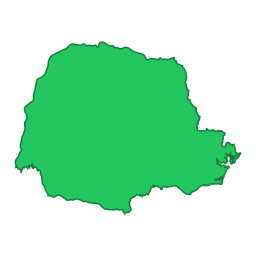 SVG path tracing the border of Paraná
{"feature_id": "BRA-613", "entity_name": "Paraná", "entity_type": "State", "adm_level": 1, "iso_a3": "BRA", "parent_name": "Brazil", "parent_adm1": "", "projection": "natural_earth1", "projection_center": [-50.532, -24.613], "detail": "fine", "context": "isolated", "style": "filled", "palette": "green", "viewbox_px": 256, "rotation_deg": 0, "n_neighbors": 0, "source": "natural_earth", "source_scale": "10m", "svg_char_len": 5883}
<svg xmlns="http://www.w3.org/2000/svg" viewBox="0 0 256 256"><path d="M23.4,134.3L25.1,128.6L24.6,123.2L24.9,121.9L26.7,118.8L27.0,117.5L27.0,116.3L26.3,114.1L25.2,112.4L24.4,108.9L24.8,107.6L25.6,106.5L27.5,104.8L28.9,104.0L29.8,103.0L32.5,101.4L33.2,100.7L33.5,98.9L33.5,95.2L33.8,93.5L34.9,90.3L35.2,87.8L36.7,81.7L36.8,79.9L37.5,79.1L40.5,77.8L44.2,75.1L45.2,73.8L48.0,66.0L48.3,62.4L48.6,60.9L49.9,57.7L51.0,56.4L53.5,54.7L64.2,49.4L66.0,48.8L69.7,45.3L71.8,44.0L73.7,44.0L75.6,44.8L77.1,44.8L80.5,45.4L81.3,45.2L83.3,44.0L84.5,44.2L86.5,45.8L89.1,45.3L93.6,46.0L94.9,45.1L96.1,45.7L97.0,47.0L97.9,46.8L98.4,46.2L99.6,42.8L100.4,42.3L102.1,42.0L105.0,43.1L108.8,45.6L110.3,46.0L112.5,45.7L113.2,46.0L114.9,47.8L116.8,47.4L119.4,48.6L121.4,48.8L122.6,48.4L124.1,47.5L127.0,47.4L129.8,48.9L132.7,51.0L135.1,52.1L143.0,54.3L143.8,54.9L145.2,57.0L146.3,59.3L147.0,59.8L148.4,59.7L150.1,58.6L150.8,58.4L154.6,58.9L155.9,59.5L158.2,59.3L158.6,59.5L159.6,58.2L160.1,58.0L160.7,58.2L162.8,59.7L163.3,59.7L163.8,59.1L164.3,59.0L166.2,59.6L169.1,59.3L172.4,58.0L173.4,58.4L173.5,57.7L174.1,57.7L174.5,58.7L174.4,59.7L174.7,60.2L176.3,61.1L176.5,61.6L176.4,62.7L177.0,63.7L177.4,64.0L179.2,64.4L181.3,65.6L182.5,65.7L182.8,67.2L184.7,69.7L185.8,72.3L186.6,77.8L185.2,82.7L186.1,83.9L186.2,86.1L186.9,88.0L187.5,89.2L188.6,90.3L188.7,90.9L188.2,95.5L187.8,96.4L187.1,96.7L187.2,97.9L188.2,98.7L188.8,99.8L189.4,100.2L190.0,100.1L190.0,100.9L190.7,102.4L192.2,104.9L192.8,105.2L193.7,106.5L195.5,107.4L196.3,108.9L196.1,112.0L197.1,112.8L198.0,115.4L199.7,116.5L200.0,117.2L199.6,118.1L199.1,118.7L199.5,119.5L199.4,120.0L197.5,121.2L197.6,121.6L198.3,122.2L198.0,123.2L198.0,124.3L197.8,124.6L196.9,124.6L196.7,125.1L196.7,126.0L197.3,127.3L197.1,129.1L197.4,130.1L200.7,131.2L202.6,130.6L204.5,131.1L205.8,130.9L206.7,130.2L206.6,128.8L207.3,129.1L208.3,130.3L209.2,130.5L212.8,130.3L212.6,130.0L213.4,130.0L215.1,131.4L215.7,131.1L217.7,131.1L218.1,130.9L218.3,130.5L218.7,130.5L219.0,131.6L219.4,131.7L220.8,130.7L221.9,130.8L222.9,132.2L224.9,133.1L225.1,133.4L224.4,135.2L223.2,136.1L223.1,136.4L223.3,138.9L222.7,139.7L222.6,140.3L222.7,141.6L222.6,142.6L221.5,144.0L222.3,146.1L224.3,147.3L224.7,147.3L225.3,146.0L226.0,145.3L226.0,143.5L227.4,142.2L228.4,142.8L229.4,142.9L230.0,143.6L230.3,144.4L232.1,144.6L232.3,145.2L232.7,145.3L233.9,144.4L235.4,150.0L235.4,151.7L235.6,152.3L236.6,153.0L238.6,153.6L239.2,153.6L240.1,152.8L240.6,153.3L239.2,155.6L238.6,157.3L236.0,159.1L235.0,161.0L234.5,162.7L234.0,162.8L233.4,162.3L233.1,161.5L234.1,157.8L234.8,157.0L237.4,155.4L236.9,155.0L235.8,155.8L233.9,156.2L233.2,157.0L232.0,155.8L232.0,156.9L231.5,157.9L230.8,158.6L230.3,158.6L230.8,157.2L230.3,157.4L230.2,157.0L230.6,153.3L229.3,155.0L229.0,155.0L229.7,155.9L229.2,156.4L227.8,155.5L226.9,153.8L226.9,154.7L226.1,154.1L227.1,157.2L224.7,157.5L224.7,157.8L226.5,158.2L226.8,158.6L226.2,159.0L226.1,159.5L226.3,159.7L226.8,159.5L227.5,160.7L227.4,161.5L226.4,161.7L225.9,163.2L225.5,163.4L224.7,163.2L224.0,162.3L223.3,162.6L222.6,162.3L222.4,162.8L222.0,162.9L220.0,162.2L218.3,160.9L216.3,158.4L217.1,161.3L217.9,162.0L218.3,162.9L218.1,163.3L216.7,163.1L217.4,164.3L220.5,164.3L220.2,164.8L219.7,164.5L219.3,165.1L220.6,165.7L220.9,166.2L221.3,165.6L222.6,165.6L223.8,165.0L225.6,166.2L224.5,167.4L225.2,167.7L226.1,166.5L227.8,166.7L228.4,166.2L229.3,167.4L226.9,169.5L223.9,175.6L223.9,176.7L223.1,178.6L222.5,178.5L222.0,177.7L221.6,177.5L221.8,176.7L221.0,176.9L220.4,177.5L221.4,178.0L221.8,178.9L221.7,179.0L219.3,178.6L216.2,178.9L215.3,179.5L215.4,180.3L216.2,179.8L221.8,179.8L222.3,179.5L222.6,180.5L221.7,184.2L220.2,184.3L219.4,183.8L210.2,184.1L209.7,184.9L209.2,185.3L207.3,185.5L206.3,185.0L205.8,185.7L205.1,185.4L204.0,185.7L203.8,184.8L203.5,184.7L202.5,185.3L200.1,186.2L198.8,187.4L197.3,189.4L194.6,191.1L191.8,192.0L191.3,192.5L190.7,194.2L188.5,194.5L187.1,194.2L184.6,193.0L182.7,191.6L182.2,190.5L179.5,188.7L177.2,186.6L175.7,186.1L175.1,185.6L173.5,185.5L172.3,186.2L166.7,187.2L164.8,186.6L163.2,186.6L162.0,187.7L162.1,189.3L161.7,189.6L160.8,189.2L160.2,187.6L158.3,187.1L157.5,186.1L154.7,186.0L153.1,185.3L152.9,185.7L154.2,186.8L151.5,187.5L151.1,187.9L150.2,191.0L148.6,193.2L148.0,194.7L147.1,194.2L146.3,194.2L144.6,195.5L143.0,195.4L142.2,196.5L141.6,195.1L141.0,195.1L140.3,196.0L139.1,194.8L137.3,195.1L136.6,194.7L134.6,196.7L131.8,197.9L130.5,199.3L130.2,201.1L129.1,202.9L129.9,204.2L129.5,205.6L130.9,208.5L130.9,210.0L130.4,210.9L129.3,211.9L125.8,212.8L125.4,213.0L124.9,214.0L123.7,211.9L122.7,211.1L122.4,209.9L122.0,209.6L118.2,209.9L116.8,209.0L114.9,209.8L109.2,209.7L107.0,209.0L104.7,208.9L101.2,206.2L100.5,205.0L98.1,203.6L97.2,203.7L94.6,203.0L93.2,203.3L91.1,202.8L89.3,202.8L86.3,201.5L83.0,201.5L82.5,200.9L82.0,200.6L77.0,198.8L72.7,200.1L71.2,199.5L69.3,200.1L66.9,200.2L61.1,195.8L58.6,194.9L57.7,195.1L54.4,197.0L53.1,197.0L51.9,196.3L49.8,195.6L48.1,195.7L47.9,194.0L45.6,190.2L44.5,186.2L42.2,183.4L42.3,181.8L41.9,179.6L41.9,176.4L40.4,174.1L40.3,173.6L40.6,172.6L39.9,170.2L39.5,169.8L38.2,170.6L37.5,170.7L37.1,168.8L36.4,167.5L35.3,167.0L34.5,167.3L33.5,166.5L33.3,166.9L33.4,168.2L33.3,168.4L33.0,168.4L32.1,167.4L32.0,166.6L32.7,164.5L32.3,164.2L30.7,165.9L29.0,165.7L29.8,167.8L28.0,167.6L27.6,168.5L26.6,166.8L26.1,166.6L25.3,166.7L24.4,167.8L23.1,167.6L22.8,167.8L22.6,168.2L22.5,169.4L21.4,170.4L21.6,171.7L21.1,172.2L20.8,171.5L20.6,170.3L20.2,169.6L18.9,168.8L18.2,169.0L17.7,167.5L17.2,167.3L15.8,167.5L16.1,165.5L15.4,163.0L15.4,161.7L15.8,160.2L16.6,158.7L17.6,157.7L19.0,155.3L19.8,152.6L21.3,150.7L21.6,150.0L21.5,149.2L20.3,146.9L20.4,145.4L22.2,136.5L23.4,134.3ZM230.7,159.7L232.5,158.2L233.0,158.2L233.1,158.9L232.5,161.4L232.6,162.2L232.9,163.0L231.7,164.0L231.1,163.9L230.6,163.1L230.7,162.1L230.1,161.4L230.1,160.7L230.7,159.7Z" fill="#22c55e" stroke="#15803d" stroke-width="1.5"/></svg>